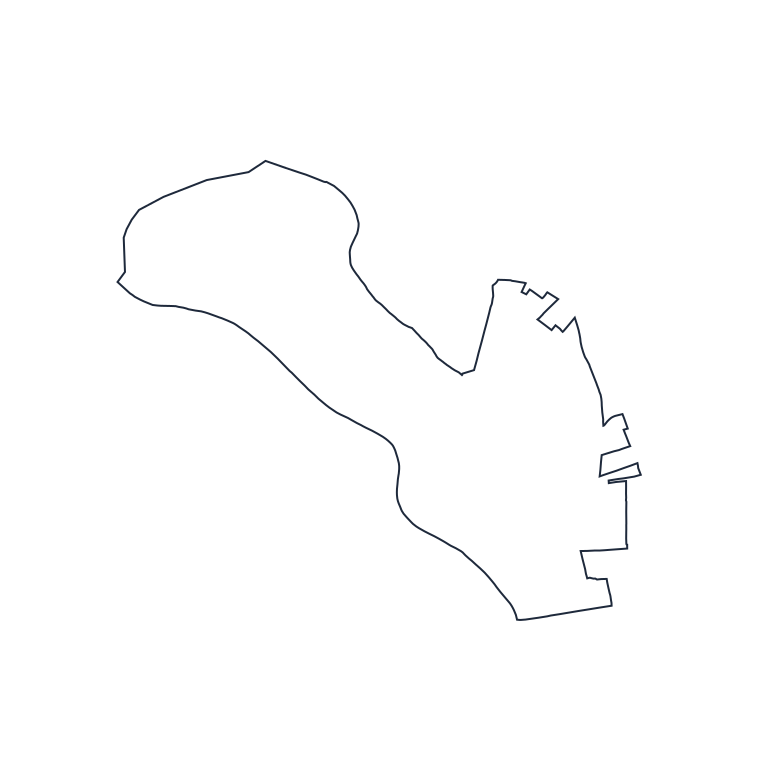 the district of Kim Son, Ninh Bình, Vietnam, rotated 114°
{"feature_id": "81297802B55928452292311", "entity_name": "Kim Son", "entity_type": "district", "adm_level": 2, "iso_a3": "VNM", "parent_name": "Vietnam", "parent_adm1": "Ninh Bình", "projection": "albers", "projection_center": [106.082, 20.036], "detail": "fine", "context": "isolated", "style": "outline", "palette": "slate", "viewbox_px": 768, "rotation_deg": 114, "n_neighbors": 0, "source": "geoboundaries", "source_scale": "gbopen_adm2", "svg_char_len": 6137}
<svg xmlns="http://www.w3.org/2000/svg" viewBox="0 0 768 768"><g transform="rotate(114 384 384)"><path d="M545.2,166.6L544.5,164.5L543.7,162.7L541.7,159.0L534.8,148.0L529.8,140.3L527.7,137.5L522.8,129.9L512.0,113.6L506.6,105.3L500.9,96.6L494.7,87.0L494.0,85.9L491.5,87.1L489.3,88.6L485.8,90.8L484.7,91.6L483.2,92.9L479.2,95.9L474.7,99.2L471.5,101.3L473.9,106.3L476.0,109.9L475.8,111.8L475.9,112.1L476.5,113.2L476.8,114.4L477.1,116.2L477.2,117.0L477.4,117.4L478.9,119.3L477.5,120.4L475.4,122.2L473.8,123.3L471.4,124.9L463.2,131.4L456.6,136.4L453.8,130.4L450.6,124.1L448.7,119.8L446.3,115.2L441.4,106.1L436.7,97.3L435.4,94.9L431.9,96.5L432.0,97.0L431.8,97.3L431.6,97.5L426.7,99.9L423.7,101.2L420.0,102.8L418.1,103.6L413.9,105.5L413.5,105.6L408.0,108.1L402.1,110.8L393.0,114.7L391.9,115.6L389.4,116.5L385.7,118.3L379.7,120.9L378.8,121.3L374.2,123.4L379.1,132.1L383.1,138.3L380.8,139.5L375.4,131.2L372.9,127.0L366.8,117.7L362.5,112.5L357.4,117.6L355.6,118.6L353.2,120.3L358.5,125.7L363.4,130.9L368.6,136.3L373.3,141.5L378.1,146.7L380.7,149.4L374.7,151.3L366.8,154.1L360.4,156.2L351.9,146.5L348.8,142.5L346.8,140.5L345.2,138.8L340.6,133.8L338.1,136.6L333.8,140.9L332.7,142.0L331.4,143.4L328.3,146.5L325.6,143.2L317.8,150.6L316.0,152.4L314.5,153.9L319.1,159.8L320.1,160.8L321.5,162.0L322.7,162.8L324.8,163.8L327.4,164.8L331.4,165.8L332.6,166.3L332.9,166.6L329.5,168.4L327.1,169.4L323.0,171.9L321.2,173.0L315.1,176.3L312.0,177.8L309.0,179.5L305.8,181.7L303.6,184.0L301.6,185.7L298.2,189.1L297.0,190.2L291.5,195.8L284.8,202.6L284.3,203.1L283.5,203.8L282.8,204.4L281.8,205.7L279.8,208.3L279.4,208.8L278.7,209.8L278.0,210.9L277.3,211.7L276.7,212.3L274.0,214.9L269.8,218.5L266.5,220.9L265.3,221.7L262.5,223.3L258.8,225.8L258.2,226.3L255.8,228.0L252.0,231.2L245.8,236.7L256.5,239.7L258.9,240.4L262.9,241.6L263.7,242.0L262.9,244.0L262.4,244.9L262.0,245.7L260.8,250.5L260.6,251.2L266.6,252.8L264.7,260.8L262.6,270.0L259.8,268.6L258.5,268.2L256.1,267.3L254.7,267.0L248.3,264.5L246.6,263.8L235.6,259.4L233.9,271.5L233.8,272.1L234.0,272.2L234.2,272.3L237.4,272.9L239.8,273.6L240.8,274.0L241.2,274.2L241.4,274.6L240.7,277.7L238.8,286.6L238.4,289.3L244.2,290.5L244.0,295.7L236.8,295.6L234.3,295.5L234.4,296.7L235.0,299.0L235.4,300.4L236.8,306.0L237.7,309.0L237.7,310.4L238.1,311.5L239.8,315.9L242.4,322.2L243.0,322.2L243.7,322.3L244.4,322.4L245.3,322.6L246.5,323.0L247.2,323.3L249.5,324.6L249.9,324.7L250.1,324.7L250.7,324.4L251.7,324.0L253.3,323.2L256.3,321.5L259.0,320.1L259.3,320.0L259.8,319.8L260.4,319.7L261.7,319.5L263.5,319.0L266.0,318.3L267.1,318.1L267.8,318.0L269.2,318.0L270.6,317.9L276.4,316.8L288.3,314.8L294.2,313.9L305.0,312.1L317.4,310.2L325.2,308.8L334.7,307.4L342.6,316.5L343.8,316.3L344.1,316.4L343.9,316.9L343.9,317.1L343.6,318.2L343.4,318.9L343.2,319.5L342.9,320.6L342.9,321.1L342.7,324.7L342.6,325.4L342.3,327.3L342.1,328.7L341.7,330.3L341.5,331.5L341.2,333.2L341.0,334.5L340.6,335.8L340.4,337.0L340.1,338.1L339.7,339.5L339.6,340.2L339.2,341.7L338.8,343.7L338.4,345.2L338.3,345.6L338.1,345.9L337.9,346.3L337.5,347.0L337.1,347.6L336.5,348.3L335.3,350.1L334.4,351.5L333.3,353.0L332.8,353.6L332.4,354.4L332.0,355.3L331.6,356.4L331.0,357.8L330.5,359.3L329.6,361.0L329.0,362.3L328.4,363.9L327.8,365.7L327.2,367.9L326.5,369.5L325.2,372.2L324.1,375.1L322.8,378.0L321.9,380.2L321.5,381.0L321.6,382.8L321.8,384.7L321.7,386.0L321.6,388.2L321.5,389.8L321.4,390.5L321.3,391.3L320.7,393.7L320.2,396.0L319.5,398.4L318.6,400.6L317.9,403.0L317.4,404.9L317.1,405.9L317.0,406.6L316.8,407.4L316.4,408.6L315.7,410.5L315.0,412.1L314.4,413.7L313.7,415.6L312.8,417.9L312.4,419.2L312.1,420.3L311.7,422.4L311.3,424.0L311.0,425.2L310.6,426.2L309.8,427.7L309.1,428.8L308.5,430.2L308.2,430.6L307.2,432.5L305.8,435.3L304.9,436.9L304.2,438.1L303.4,439.0L302.5,440.1L301.6,441.5L300.5,443.4L300.2,444.0L299.2,446.1L298.2,448.0L296.3,451.1L295.0,453.6L293.4,456.3L292.5,457.8L290.8,460.3L289.8,461.5L288.8,462.6L288.1,463.2L287.4,463.7L286.8,464.1L285.9,464.6L283.9,465.6L281.7,466.8L279.6,467.9L277.6,468.9L276.3,469.3L275.2,469.6L273.9,469.8L272.1,470.1L270.0,470.1L267.6,470.1L264.2,470.0L260.5,469.9L258.2,469.8L257.2,469.8L255.8,470.1L254.9,470.2L252.8,470.7L250.6,471.3L248.0,472.3L247.0,472.9L244.6,474.8L243.9,475.4L240.8,477.7L236.8,481.7L234.1,485.2L231.8,488.5L229.7,492.4L227.8,496.2L226.3,500.1L223.4,510.2L222.9,517.4L222.8,518.3L222.9,519.1L223.4,519.7L223.7,521.5L223.9,527.7L224.2,534.5L224.5,540.5L225.2,546.9L226.6,561.5L228.4,583.0L245.5,593.9L269.8,628.9L302.7,661.5L324.6,678.6L336.5,681.3L347.3,682.1L356.2,681.3L387.0,666.2L399.2,668.9L404.5,653.0L405.0,649.9L405.7,647.1L406.1,641.3L406.2,637.1L406.0,630.6L405.9,627.5L404.4,622.7L403.2,619.4L399.4,610.4L397.6,605.9L397.1,603.0L395.9,598.4L395.4,595.3L395.2,592.9L393.6,586.1L392.0,580.6L391.4,576.9L391.0,573.5L390.3,563.9L390.2,562.0L390.2,561.9L389.9,559.1L389.8,555.8L389.7,552.8L389.7,549.7L389.7,547.0L389.8,545.2L390.2,542.6L390.9,539.3L392.2,531.8L392.9,528.5L393.8,525.5L394.8,521.9L396.1,516.4L400.8,500.4L404.0,491.6L410.5,475.4L411.2,472.9L413.6,466.9L415.6,461.7L417.7,455.9L419.7,451.0L422.1,443.2L424.1,437.9L426.8,428.4L427.8,424.2L429.3,415.8L429.6,411.3L429.7,403.0L430.1,399.2L430.7,392.9L430.9,388.2L431.1,386.2L431.3,382.9L431.5,376.0L432.0,369.7L432.7,363.6L433.4,360.0L434.1,357.4L435.1,354.4L436.1,351.9L437.0,350.4L438.3,348.8L440.1,346.8L440.2,346.7L443.3,344.0L446.0,341.6L448.2,339.9L450.2,338.3L452.7,336.8L454.9,335.8L455.9,335.4L460.0,334.0L461.3,333.7L465.3,332.6L470.2,330.9L474.5,329.5L477.7,328.2L480.2,327.0L483.3,325.2L485.4,323.6L487.2,321.9L489.7,319.2L491.7,317.2L492.6,316.2L494.1,314.0L494.7,313.0L496.5,309.1L497.2,307.5L499.2,302.7L500.0,300.6L501.0,296.6L501.5,293.3L501.8,290.1L502.1,287.1L502.4,281.6L502.6,276.1L503.0,270.8L503.5,265.7L503.8,263.1L504.4,258.9L504.6,257.1L504.8,251.6L505.4,245.7L505.9,243.5L506.3,242.6L507.4,239.9L508.9,235.3L509.8,232.0L511.6,226.6L513.4,220.9L515.4,215.3L518.0,209.5L520.4,204.6L522.0,201.5L523.5,199.0L524.9,196.4L526.6,193.2L529.9,186.4L533.1,179.8L533.7,178.8L534.8,177.1L536.3,175.1L537.7,173.4L539.4,171.6L541.3,169.6L544.4,167.2L545.2,166.6Z" fill="none" stroke="#1e293b" stroke-width="2"/></g></svg>